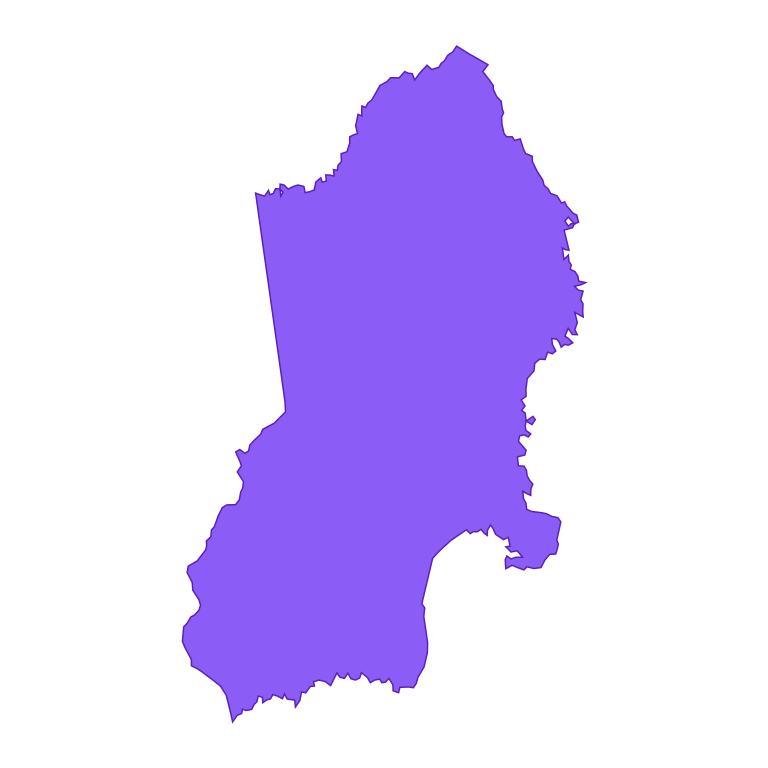 the district of Santa Bárbara do Sul, Rio Grande do Sul, Brazil
{"feature_id": "56859067B69809545367757", "entity_name": "Santa Bárbara do Sul", "entity_type": "district", "adm_level": 2, "iso_a3": "BRA", "parent_name": "Brazil", "parent_adm1": "Rio Grande do Sul", "projection": "equal_earth", "projection_center": [-53.257, -28.368], "detail": "fine", "context": "isolated", "style": "filled", "palette": "violet", "viewbox_px": 768, "rotation_deg": 0, "n_neighbors": 0, "source": "geoboundaries", "source_scale": "gbopen_adm2", "svg_char_len": 4262}
<svg xmlns="http://www.w3.org/2000/svg" viewBox="0 0 768 768"><path d="M574.4,223.8L578.6,222.2L576.7,215.0L573.2,213.4L566.6,205.9L564.7,201.9L561.5,203.0L556.9,195.7L550.7,193.5L548.0,188.7L544.1,185.4L542.8,180.1L537.2,171.4L532.4,161.6L532.2,156.2L525.6,153.5L523.6,149.5L522.0,144.4L520.2,138.9L514.5,140.4L512.3,136.8L506.6,136.8L504.0,133.5L501.9,123.9L501.6,117.0L503.6,112.9L502.1,108.6L501.2,101.3L496.8,96.8L493.5,89.9L493.2,85.5L489.8,80.6L482.8,71.6L488.0,64.7L468.8,53.7L456.6,46.1L452.5,52.2L447.6,55.4L444.6,60.7L441.2,63.3L438.9,67.3L431.7,69.5L427.0,65.2L419.7,73.1L414.7,80.0L412.2,73.6L408.8,73.3L404.7,71.6L399.1,77.9L390.7,77.7L386.9,81.7L380.0,85.4L374.2,95.8L371.6,100.2L367.9,103.1L365.6,107.4L361.9,106.0L361.7,111.4L361.8,115.9L358.0,114.3L356.8,120.7L355.6,125.5L357.5,133.7L353.9,134.7L349.7,136.8L349.7,143.3L346.9,151.8L341.1,153.7L341.4,161.6L338.0,165.3L337.3,170.3L333.5,169.6L334.1,176.0L329.8,175.1L325.8,174.9L326.3,181.0L322.2,182.1L320.8,177.8L315.8,182.1L314.3,189.9L310.1,191.6L305.1,192.6L303.9,186.4L297.9,185.0L293.3,186.5L288.2,189.0L284.0,185.0L280.1,184.1L280.0,189.0L275.5,188.7L273.2,193.5L269.9,194.7L268.5,190.4L264.6,196.1L259.7,194.6L255.6,193.1L280.0,366.0L285.0,401.8L285.5,411.9L274.2,423.2L262.7,429.3L260.7,434.2L253.4,441.1L249.8,445.2L248.6,450.9L244.9,453.3L239.8,449.5L235.7,451.9L240.0,461.7L241.4,465.8L237.3,471.9L243.4,481.7L242.7,488.1L240.7,491.9L239.3,499.9L235.5,504.7L226.9,504.9L222.3,507.6L218.0,516.4L214.4,526.7L211.5,529.9L210.8,536.9L206.4,541.0L206.7,545.5L205.7,549.9L197.2,560.9L188.3,566.1L187.1,572.6L192.2,582.4L192.8,590.2L199.1,600.0L200.5,605.3L198.9,610.3L194.4,615.1L190.8,617.0L187.2,623.2L183.7,626.8L182.4,641.3L185.1,647.8L191.4,659.6L191.4,665.7L197.1,668.6L201.8,671.7L213.6,680.6L220.4,686.0L226.2,695.1L230.9,714.0L232.6,721.9L237.3,715.2L241.7,713.5L242.4,709.2L246.2,710.5L251.7,709.4L254.1,704.4L256.9,701.8L258.2,696.1L262.4,697.3L262.8,702.7L267.1,699.7L270.5,698.9L272.8,694.6L277.6,696.1L282.5,698.7L284.4,693.9L287.3,699.1L294.7,700.1L295.4,707.0L299.9,700.4L301.5,692.0L305.8,692.8L310.2,686.5L314.5,686.0L313.4,681.8L318.8,680.1L325.1,681.5L330.6,685.6L336.9,673.0L339.9,677.2L344.4,678.4L347.9,673.3L351.0,678.8L355.5,680.0L359.7,677.9L361.5,672.7L367.5,677.6L370.3,682.7L374.6,680.1L379.7,679.1L381.8,682.7L385.4,682.2L388.9,678.5L392.9,684.8L393.1,690.8L398.6,692.7L399.9,687.3L408.5,687.0L413.4,687.7L416.3,683.4L418.1,677.0L424.1,666.9L427.4,652.4L427.6,642.6L423.8,616.4L424.7,607.9L421.8,603.8L432.6,558.4L437.6,552.8L442.6,547.9L446.3,544.6L450.6,540.6L456.4,536.6L466.4,529.8L470.2,533.6L473.2,531.7L477.4,531.7L481.1,529.3L484.1,533.1L487.2,535.4L487.5,530.2L490.4,525.0L492.8,528.1L495.6,534.3L503.4,539.6L508.3,537.4L510.1,546.1L505.9,546.8L511.1,552.0L517.2,550.8L522.6,557.2L516.1,557.2L511.0,558.9L506.9,556.0L505.2,559.8L505.8,568.7L512.1,565.3L517.6,567.6L524.0,569.9L526.9,566.8L533.8,568.5L540.9,567.6L545.0,559.9L549.6,554.4L555.7,554.0L557.3,548.8L558.3,544.1L556.8,540.0L559.1,529.8L560.8,521.9L557.8,517.6L551.8,516.4L546.4,513.7L542.1,512.8L536.8,512.1L531.4,511.4L526.7,509.3L526.0,503.2L523.5,498.6L522.8,491.3L526.4,493.4L530.7,495.4L530.9,488.9L532.8,484.1L529.7,480.5L527.1,475.7L526.5,470.5L524.1,466.2L518.4,465.8L517.4,456.9L524.8,455.0L526.1,450.2L518.5,441.4L519.6,435.8L524.3,434.8L528.2,437.0L530.7,433.9L525.9,430.4L525.2,426.0L526.1,421.0L525.2,413.1L521.7,410.5L525.0,405.9L521.2,399.9L526.1,396.2L525.9,389.4L527.3,378.4L534.0,370.8L534.8,363.2L539.8,359.1L545.1,359.5L547.6,352.1L552.3,353.8L555.8,351.0L552.5,344.7L551.7,338.5L556.7,339.2L559.2,342.1L561.2,347.2L564.6,344.4L568.3,345.2L572.8,342.8L568.2,338.3L564.9,336.2L568.2,328.4L572.4,334.5L577.3,334.7L574.8,329.8L577.3,322.6L574.8,312.4L583.2,317.0L582.7,311.9L583.0,303.8L580.7,299.7L583.1,291.1L578.4,290.2L574.5,286.3L581.2,284.7L585.6,282.6L578.7,281.1L577.9,276.3L575.0,271.6L570.2,269.3L571.3,265.0L569.0,261.4L568.3,255.1L563.9,259.5L562.4,247.9L565.5,249.7L569.0,250.2L564.1,230.1L572.5,227.7L574.4,223.8ZM574.4,223.8L571.1,223.6L568.4,226.3L564.9,221.0L568.4,217.2L574.4,223.8ZM280.0,189.0L283.0,192.3L280.7,196.1L280.0,189.0ZM526.1,421.0L532.0,424.6L535.3,419.6L533.0,416.4L526.1,421.0Z" fill="#8b5cf6" stroke="#5b21b6" stroke-width="1.5"/></svg>